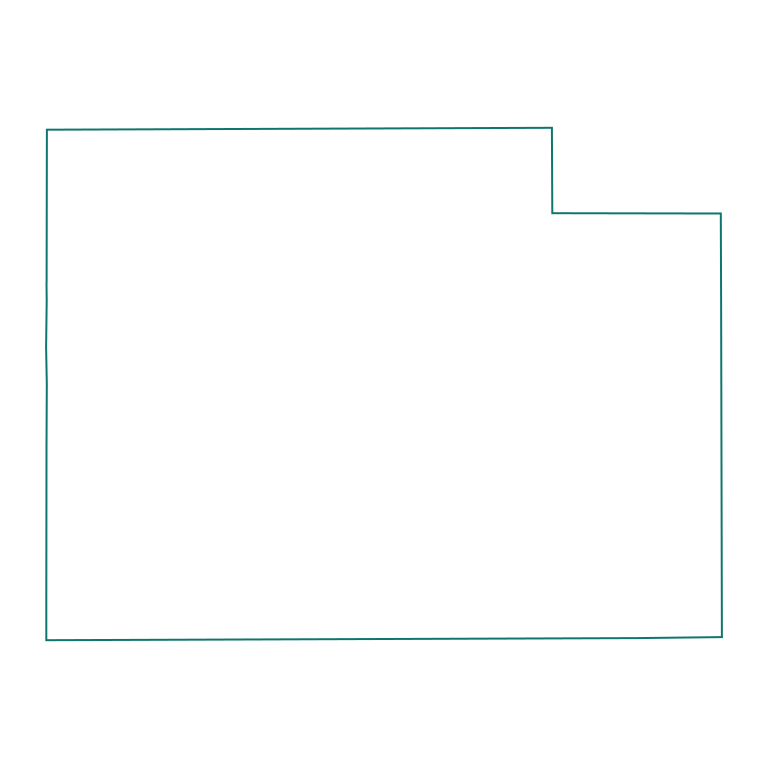 Paulding, Ohio, United States of America (Albers equal-area conic projection)
{"feature_id": "52423323B38130377602201", "entity_name": "Paulding", "entity_type": "district", "adm_level": 2, "iso_a3": "USA", "parent_name": "United States of America", "parent_adm1": "Ohio", "projection": "albers", "projection_center": [-84.657, 41.121], "detail": "fine", "context": "isolated", "style": "outline", "palette": "teal", "viewbox_px": 768, "rotation_deg": 0, "n_neighbors": 0, "source": "geoboundaries", "source_scale": "gbopen_adm2", "svg_char_len": 320}
<svg xmlns="http://www.w3.org/2000/svg" viewBox="0 0 768 768"><path d="M46.9,129.7L46.9,129.8L46.6,282.3L46.5,283.7L46.7,300.3L46.1,347.1L46.8,384.1L46.5,446.4L46.3,601.1L46.3,640.2L637.6,638.1L721.9,637.1L721.1,297.9L720.8,213.5L552.3,213.2L551.9,127.8L46.9,129.7Z" fill="none" stroke="#0f766e" stroke-width="2"/></svg>